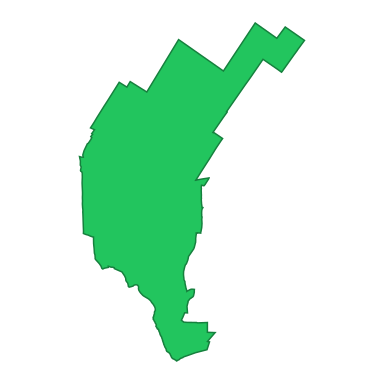 Vacareni, Tulcea, Romania (Mercator projection)
{"feature_id": "2599482B63018442913889", "entity_name": "Vacareni", "entity_type": "district", "adm_level": 2, "iso_a3": "ROU", "parent_name": "Romania", "parent_adm1": "Tulcea", "projection": "mercator", "projection_center": [28.218, 45.314], "detail": "fine", "context": "isolated", "style": "filled", "palette": "green", "viewbox_px": 384, "rotation_deg": 0, "n_neighbors": 0, "source": "geoboundaries", "source_scale": "gbopen_adm2", "svg_char_len": 5884}
<svg xmlns="http://www.w3.org/2000/svg" viewBox="0 0 384 384"><path d="M178.6,39.6L146.8,92.0L130.2,81.6L126.9,87.1L119.2,82.3L113.1,92.0L107.3,101.2L104.3,105.8L97.1,117.3L93.8,122.8L90.5,127.9L94.5,129.7L92.4,132.7L91.7,133.6L92.6,134.3L90.8,136.6L91.8,137.7L91.2,138.6L91.0,139.2L90.9,139.5L90.1,140.5L89.9,140.9L89.3,141.8L88.7,142.6L88.4,143.1L88.2,143.3L87.9,143.5L87.4,143.7L85.6,147.4L84.1,150.6L82.8,155.0L83.3,157.2L83.1,157.2L81.6,157.2L79.5,156.6L80.4,161.0L80.3,165.2L81.2,166.9L80.9,168.5L80.5,170.3L80.7,171.1L81.7,171.8L82.2,172.9L82.3,177.2L82.1,183.0L82.2,185.8L82.5,192.1L82.5,194.6L82.4,196.7L82.4,198.4L82.5,200.2L82.5,201.8L82.4,203.0L82.4,204.4L82.6,207.7L82.9,209.9L82.8,212.1L82.9,213.6L83.1,219.5L83.3,226.1L83.5,231.1L83.4,233.5L85.9,234.5L88.2,235.1L90.3,236.1L92.9,237.0L93.5,237.0L93.6,243.6L94.1,248.3L94.4,253.2L95.0,254.9L95.0,255.5L95.2,257.7L95.1,258.2L95.2,258.7L95.3,259.1L96.2,260.2L98.2,262.4L99.5,263.9L100.9,266.0L101.1,266.4L101.4,267.2L101.7,268.0L101.9,268.4L102.8,269.0L104.4,268.2L108.3,267.4L108.3,266.2L111.1,267.2L112.7,267.2L114.3,267.7L114.3,268.6L119.8,271.0L121.9,271.9L124.6,275.9L125.1,277.0L125.6,278.1L125.7,278.4L125.8,279.7L125.9,280.4L126.1,280.9L126.3,281.3L126.7,281.8L127.0,282.2L127.3,282.5L127.7,283.1L127.8,283.4L127.9,283.9L128.2,285.1L128.3,286.2L128.4,286.5L128.6,286.7L128.8,286.9L129.2,287.1L129.4,287.1L129.8,287.0L131.4,286.6L132.0,286.4L132.7,286.2L133.0,286.1L133.3,285.9L133.8,285.4L134.2,285.1L134.5,285.0L135.7,284.8L136.2,284.8L136.9,284.9L137.3,285.0L137.5,285.1L137.9,285.5L138.2,286.0L138.5,286.6L138.6,287.1L138.5,288.0L138.5,288.5L138.5,288.9L138.7,289.7L138.9,290.4L139.1,290.7L139.7,291.7L140.1,292.3L140.8,293.2L141.5,293.9L142.4,294.9L142.8,295.3L143.0,295.5L144.0,296.2L144.5,296.5L147.7,298.4L148.7,299.0L149.0,299.3L149.5,299.8L149.9,300.1L150.2,300.3L150.6,300.8L151.0,301.3L151.6,302.4L151.9,302.8L152.3,303.2L152.8,303.8L153.7,305.1L154.8,307.1L155.2,308.3L155.3,309.8L155.3,310.7L154.8,311.1L154.5,311.8L154.4,313.1L154.4,313.7L154.4,314.2L154.0,314.7L153.9,315.0L153.6,316.8L153.5,317.0L153.2,317.1L153.1,317.6L153.1,317.8L153.4,318.3L153.4,318.5L153.2,318.8L153.2,319.1L153.3,319.5L153.8,320.0L154.0,320.3L154.2,321.0L154.4,321.3L154.6,321.5L154.8,321.7L154.9,322.0L155.0,322.4L155.1,322.7L155.2,323.0L155.4,323.2L155.6,323.5L155.7,323.8L156.1,324.3L156.2,324.5L156.3,324.7L156.3,324.9L156.3,325.0L156.3,325.3L156.0,325.9L155.9,326.1L155.9,326.3L156.6,327.3L156.8,327.6L157.1,327.9L157.2,328.1L157.1,328.5L157.4,328.9L157.6,329.1L158.3,329.1L158.5,329.3L158.6,329.6L158.6,330.1L158.8,330.6L158.9,331.1L159.2,331.6L159.9,333.4L159.9,333.9L160.1,334.4L160.2,334.5L160.4,334.8L160.5,335.2L160.5,335.5L161.1,336.3L161.4,336.5L161.5,336.7L161.6,337.4L161.8,338.0L161.9,338.3L162.2,338.7L162.3,339.1L162.4,339.9L162.5,340.2L162.7,340.5L162.8,340.7L162.9,341.4L162.9,341.7L163.4,342.6L163.5,343.1L163.6,343.6L163.7,344.1L163.9,344.5L164.6,346.2L164.9,347.0L165.1,347.4L165.4,347.9L165.7,348.3L165.9,348.5L166.0,349.0L166.1,349.3L166.2,349.6L166.3,350.0L166.3,350.3L166.4,350.6L166.6,350.9L166.8,351.3L167.0,351.5L167.3,351.6L167.6,351.7L167.8,352.0L168.2,352.3L168.8,352.7L169.3,353.0L169.6,353.3L169.8,353.5L170.1,354.2L170.4,354.9L170.6,355.3L170.8,355.5L170.9,355.8L171.1,356.4L171.2,356.6L171.3,356.9L171.7,357.5L172.3,358.3L172.6,358.6L172.9,358.7L173.1,358.8L173.3,358.8L173.5,358.9L173.9,359.2L174.4,359.4L174.8,359.7L176.0,360.3L176.4,360.9L176.7,361.0L176.9,360.9L177.1,360.6L177.4,360.5L178.1,360.1L179.4,359.5L179.6,359.2L180.1,358.8L180.3,358.5L180.6,358.3L181.0,358.2L181.5,358.1L182.1,357.8L182.8,357.6L183.0,357.4L183.3,357.1L183.5,357.0L183.8,356.9L184.1,356.7L185.0,356.4L187.1,355.7L195.5,352.7L207.0,349.7L209.5,341.9L207.5,341.5L209.4,339.2L214.5,333.3L215.1,332.6L207.4,332.3L207.4,322.5L202.7,322.7L200.1,322.8L197.6,322.9L196.5,322.5L187.1,322.4L183.6,322.1L183.5,321.9L182.7,321.3L182.7,321.2L181.4,320.3L182.8,317.3L183.9,314.7L184.6,312.8L187.5,312.9L187.0,306.2L188.1,302.0L188.0,301.3L188.8,300.3L189.8,299.0L190.6,298.3L191.0,298.2L192.1,297.3L192.6,297.1L193.5,295.9L194.3,292.3L194.3,290.7L194.3,290.3L194.4,289.4L192.7,289.2L191.3,289.2L190.3,289.5L186.9,291.3L187.0,290.7L186.7,290.4L186.4,289.3L186.0,288.2L185.5,285.6L185.2,284.3L185.0,283.3L184.9,281.5L183.9,279.6L183.9,278.3L183.6,275.9L183.5,274.2L183.6,271.5L184.7,266.9L185.3,265.0L186.1,264.1L186.4,263.7L187.7,260.4L188.1,258.9L188.5,256.5L190.3,253.9L193.7,248.9L194.3,247.3L194.9,245.0L195.2,243.7L195.6,242.4L195.7,240.3L195.7,238.3L196.1,235.1L196.2,234.8L196.3,233.8L196.2,233.1L196.8,233.1L197.5,233.1L197.5,232.8L200.7,233.1L200.7,232.6L201.0,231.4L201.4,229.3L201.7,227.8L201.9,225.0L202.0,223.1L201.9,222.2L201.9,220.8L201.8,220.3L201.6,219.8L201.9,219.1L201.9,218.6L201.8,218.3L202.1,217.0L202.0,216.8L201.7,216.5L201.7,215.5L201.7,214.0L201.6,213.1L201.7,212.0L201.7,210.8L201.8,210.4L202.0,209.4L202.2,208.7L202.4,208.3L202.9,207.8L203.0,207.6L202.9,207.5L202.1,207.5L202.0,207.3L202.0,206.8L201.5,203.3L201.5,202.6L201.4,201.5L201.3,199.8L201.3,198.7L201.5,198.1L201.4,197.8L201.3,197.3L201.4,195.7L201.4,194.6L201.3,193.3L201.3,192.2L201.2,190.5L201.3,189.1L201.4,188.8L201.3,188.0L201.2,187.8L201.2,187.3L201.3,186.6L201.5,185.2L201.8,185.2L202.7,185.5L203.4,185.7L203.9,185.7L204.2,185.6L204.7,184.9L205.0,184.6L207.6,180.5L208.9,178.5L209.0,177.9L207.4,178.2L204.5,178.6L199.2,179.5L196.0,180.1L195.9,180.3L195.7,180.3L196.7,178.8L201.8,170.7L206.5,163.4L209.8,158.3L211.2,156.0L214.0,151.5L214.9,150.0L216.9,146.9L221.2,140.5L222.0,139.4L222.6,138.5L215.4,133.6L213.6,132.4L213.3,132.7L212.9,132.5L219.1,123.5L223.1,117.7L227.2,112.0L227.2,111.9L226.6,111.6L244.6,85.7L250.4,77.6L263.0,59.3L278.1,69.7L281.5,72.2L282.0,71.7L293.8,55.1L297.2,50.5L297.8,49.5L304.5,40.4L285.2,27.0L276.8,38.3L255.2,23.0L223.4,71.0L178.6,39.6Z" fill="#22c55e" stroke="#15803d" stroke-width="1.5"/></svg>